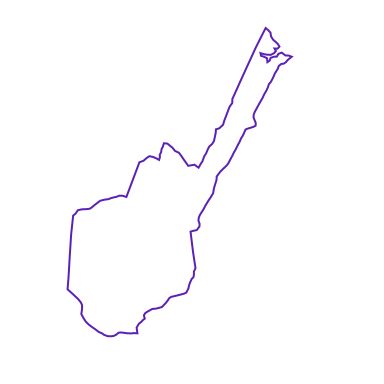 São Vicente Ferrer, Maranhão, Brazil, rotated 137°
{"feature_id": "56859067B59891641299811", "entity_name": "São Vicente Ferrer", "entity_type": "district", "adm_level": 2, "iso_a3": "BRA", "parent_name": "Brazil", "parent_adm1": "Maranhão", "projection": "natural_earth1", "projection_center": [-45.015, -2.873], "detail": "fine", "context": "isolated", "style": "outline", "palette": "violet", "viewbox_px": 384, "rotation_deg": 137, "n_neighbors": 0, "source": "geoboundaries", "source_scale": "gbopen_adm2", "svg_char_len": 2723}
<svg xmlns="http://www.w3.org/2000/svg" viewBox="0 0 384 384"><g transform="rotate(137 192 192)"><path d="M328.3,125.9L325.0,130.6L320.6,131.9L317.8,131.6L315.4,131.8L312.9,131.6L311.3,134.6L309.0,135.3L306.7,135.0L300.9,133.6L297.9,131.3L295.4,129.9L292.4,128.4L287.0,128.7L283.7,129.2L281.2,129.9L278.8,129.5L275.6,127.7L272.6,126.0L267.4,123.2L264.9,122.3L260.4,123.9L258.0,125.6L255.4,127.0L251.6,128.6L249.1,128.7L247.1,130.1L244.9,132.5L241.4,133.9L232.1,147.5L220.1,164.0L217.8,162.9L214.5,160.9L210.1,161.7L208.2,163.5L206.7,166.8L204.4,168.7L202.0,169.8L198.9,170.6L194.8,171.7L190.9,173.1L187.2,174.1L185.0,174.7L182.3,175.3L177.4,176.7L175.3,178.3L173.0,180.0L170.4,181.5L166.0,184.0L163.3,186.5L160.2,187.1L157.2,187.6L153.7,187.7L150.6,187.7L148.2,187.8L145.8,188.2L142.0,189.6L137.5,191.1L134.3,192.4L131.7,193.1L129.3,194.0L126.5,195.1L123.0,196.2L119.4,197.8L116.6,198.5L113.1,199.9L110.2,201.2L107.9,200.3L104.9,198.8L102.5,197.7L100.3,197.1L98.3,199.0L97.2,202.0L95.9,204.9L93.8,206.7L91.4,207.8L89.0,208.6L83.3,210.5L78.4,212.0L75.9,212.8L73.1,214.0L70.2,214.9L67.7,215.7L64.9,216.9L62.1,218.5L59.8,218.6L56.4,219.7L52.9,221.1L50.8,222.1L47.8,222.9L44.9,223.7L42.7,225.0L39.5,224.8L37.3,223.3L34.8,222.9L32.1,223.3L26.8,222.9L28.2,225.8L30.6,228.2L31.3,232.7L34.5,234.1L37.7,233.2L39.6,234.9L43.0,236.5L45.7,235.1L48.3,235.5L45.9,238.7L47.0,241.6L48.6,244.5L47.2,246.9L45.6,244.1L43.7,241.5L40.9,238.6L37.4,237.6L34.5,237.9L33.8,240.7L31.7,238.5L28.9,238.7L28.3,241.6L28.4,244.2L28.8,248.2L28.1,251.8L25.9,255.1L25.9,258.5L26.3,261.7L46.7,254.2L53.5,251.4L73.9,243.0L96.1,233.7L98.9,232.6L101.9,229.6L104.6,229.1L106.9,228.5L112.3,225.8L114.3,224.8L119.7,222.2L123.4,220.0L128.8,220.0L131.7,221.5L134.7,218.8L138.0,216.5L141.0,214.4L144.3,213.4L148.2,213.5L151.2,212.5L155.4,210.6L158.5,209.8L161.0,208.6L163.5,207.3L165.8,206.8L170.6,205.3L171.6,210.3L176.9,213.7L175.9,221.4L175.2,225.7L174.8,229.6L176.4,233.6L176.1,237.5L176.5,240.7L177.0,244.2L179.3,246.8L182.5,245.0L185.1,244.1L187.2,242.3L190.2,241.2L191.8,239.3L194.2,237.9L195.1,240.8L196.6,244.2L198.7,247.2L201.8,247.8L206.1,247.9L210.2,249.6L243.4,233.1L245.1,236.3L247.4,238.7L250.5,240.0L252.9,241.4L255.3,242.7L257.9,243.7L261.3,246.1L265.1,248.2L272.0,248.9L275.6,249.1L278.0,249.4L280.7,251.3L284.3,254.4L287.9,256.5L292.0,255.6L295.0,255.8L309.1,243.6L326.8,226.9L340.6,213.7L349.4,205.7L348.8,198.9L348.3,191.6L348.6,187.1L349.5,184.3L352.1,181.5L356.2,178.2L357.3,173.9L358.1,169.7L357.9,165.3L357.2,161.4L356.3,157.3L355.6,153.0L354.2,150.1L353.8,147.7L352.1,144.2L349.5,141.6L347.6,140.2L344.6,139.3L341.8,139.2L339.6,137.6L336.0,133.2L333.0,130.1L330.9,128.6L328.3,125.9Z" fill="none" stroke="#5b21b6" stroke-width="2"/></g></svg>